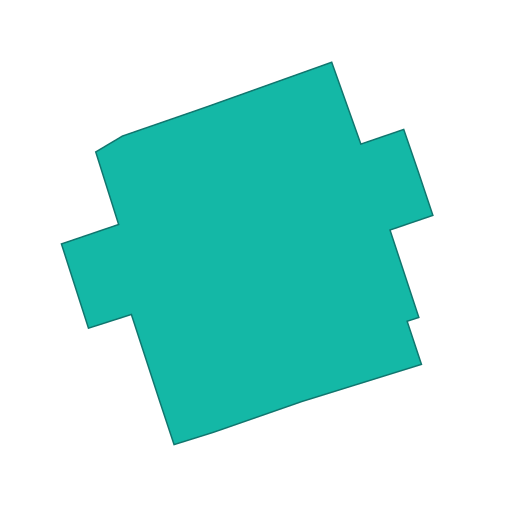 outline of Carroll, Ohio, United States of America, rotated 340°
{"feature_id": "52423323B82446565962653", "entity_name": "Carroll", "entity_type": "district", "adm_level": 2, "iso_a3": "USA", "parent_name": "United States of America", "parent_adm1": "Ohio", "projection": "orthographic", "projection_center": [-81.077, 40.577], "detail": "fine", "context": "isolated", "style": "filled", "palette": "teal", "viewbox_px": 512, "rotation_deg": 340, "n_neighbors": 0, "source": "geoboundaries", "source_scale": "gbopen_adm2", "svg_char_len": 418}
<svg xmlns="http://www.w3.org/2000/svg" viewBox="0 0 512 512"><g transform="rotate(340 256 256)"><path d="M374.4,414.4L375.7,369.0L388.0,369.4L390.8,277.4L436.1,278.3L437.3,232.5L438.1,187.6L392.8,186.7L393.4,99.8L259.2,99.0L171.5,97.6L141.0,103.4L137.7,179.4L77.3,178.1L73.9,266.5L118.9,268.3L115.8,360.2L114.5,405.2L156.1,407.1L249.1,408.4L374.4,414.4Z" fill="#14b8a6" stroke="#0f766e" stroke-width="1.5"/></g></svg>